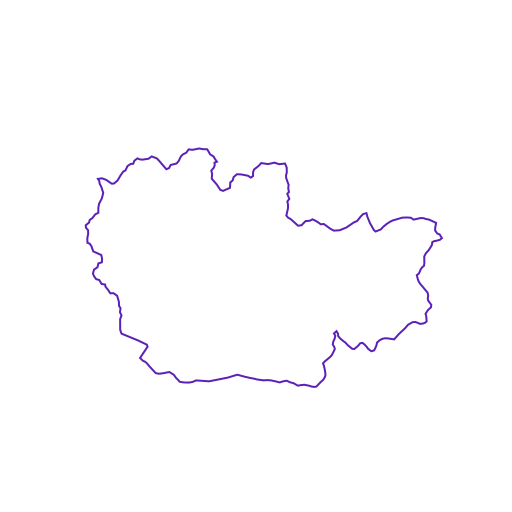 Acauã, Piauí, Brazil (Albers equal-area conic projection), rotated 227°
{"feature_id": "56859067B70456575325692", "entity_name": "Acauã", "entity_type": "district", "adm_level": 2, "iso_a3": "BRA", "parent_name": "Brazil", "parent_adm1": "Piauí", "projection": "albers", "projection_center": [-41.014, -8.33], "detail": "fine", "context": "isolated", "style": "outline", "palette": "violet", "viewbox_px": 512, "rotation_deg": 227, "n_neighbors": 0, "source": "geoboundaries", "source_scale": "gbopen_adm2", "svg_char_len": 3936}
<svg xmlns="http://www.w3.org/2000/svg" viewBox="0 0 512 512"><g transform="rotate(227 256 256)"><path d="M290.9,104.7L274.8,112.1L265.6,115.7L263.6,114.8L260.5,101.7L256.8,101.8L253.9,102.9L251.1,103.0L247.8,102.8L244.2,102.8L238.7,102.8L236.1,104.7L234.1,107.4L232.7,109.5L231.6,111.4L230.1,113.6L225.1,114.9L221.6,114.4L218.7,114.5L216.1,114.4L213.2,116.6L211.5,118.2L209.1,120.7L207.1,123.8L205.9,127.3L198.3,134.4L196.5,136.0L186.2,152.6L183.8,157.6L181.9,161.4L175.6,165.3L170.7,168.6L167.1,171.3L165.2,172.4L159.7,176.9L157.7,179.5L154.6,182.3L149.8,185.6L147.4,187.1L145.5,191.0L143.7,193.5L140.7,194.6L137.4,196.7L132.6,198.2L131.0,200.7L128.9,203.5L125.2,206.2L122.5,207.7L120.9,209.0L119.4,210.8L119.4,212.9L119.6,215.6L119.7,218.1L119.6,220.6L120.1,222.6L121.1,225.1L122.6,226.5L125.3,228.4L129.2,230.7L131.8,231.8L132.0,234.8L131.8,237.4L131.6,241.8L131.9,244.2L132.9,246.9L134.2,250.2L136.0,251.2L139.0,251.8L140.7,254.2L141.9,257.1L143.5,259.6L146.2,260.2L146.1,263.6L143.3,263.0L141.3,261.5L138.8,261.3L135.1,261.7L131.8,262.3L128.0,262.3L124.6,262.8L122.4,263.1L120.9,264.6L120.7,269.1L121.1,272.8L119.7,274.7L116.9,275.0L114.4,275.0L111.5,274.7L107.7,275.4L106.4,278.0L107.1,280.0L108.4,283.0L110.1,285.4L110.1,288.8L109.3,291.8L107.9,294.2L105.6,296.4L100.8,300.2L101.1,303.2L101.5,307.7L101.5,311.7L101.5,315.6L102.0,320.3L100.8,325.4L99.1,327.5L96.7,328.8L94.7,329.5L92.8,331.9L91.9,334.1L91.8,336.2L95.5,339.2L98.1,340.6L99.2,344.9L99.1,348.9L100.7,350.9L104.2,351.3L106.3,351.6L108.0,352.9L109.5,354.8L112.1,356.5L115.7,356.7L119.1,356.9L123.6,357.1L125.9,357.5L128.0,358.2L132.3,360.5L132.1,363.2L133.1,365.6L134.0,367.5L134.4,369.6L134.3,372.2L135.9,374.2L140.9,378.7L142.2,382.3L142.4,385.6L142.8,387.6L143.4,389.9L144.2,392.4L145.9,394.3L145.4,396.4L144.0,398.5L142.4,401.6L142.3,404.2L146.5,405.0L148.9,403.9L152.5,404.4L154.5,406.4L157.4,410.3L164.8,407.3L167.1,405.5L169.3,404.4L171.4,402.4L175.2,396.0L178.3,395.4L181.2,392.7L184.3,389.1L187.6,382.5L188.6,380.7L189.6,377.5L190.3,373.5L190.6,368.8L190.3,365.5L192.3,360.2L194.5,359.9L202.4,361.8L208.7,364.2L212.0,366.0L213.6,363.0L213.5,359.9L212.6,353.8L213.8,350.6L215.2,341.5L217.8,334.7L221.5,330.2L225.1,329.0L233.2,327.4L235.0,325.0L237.7,324.5L241.7,323.4L244.3,322.3L245.2,319.2L247.7,316.1L247.6,312.6L247.4,310.3L249.5,307.4L259.1,306.6L262.3,305.6L264.9,305.8L269.2,312.1L271.8,314.5L274.5,316.1L275.0,319.3L277.6,320.3L280.2,321.3L280.3,323.7L283.6,325.8L285.8,328.4L292.6,331.3L294.7,333.2L296.0,335.4L299.8,338.8L303.8,340.3L307.4,335.5L311.6,333.2L315.0,327.5L320.4,323.2L320.1,319.3L320.6,313.6L319.4,311.2L316.5,308.3L316.8,305.7L320.1,304.9L322.2,303.4L326.0,300.6L328.8,297.8L329.0,293.5L327.2,290.5L327.3,287.3L323.6,283.5L326.1,276.3L328.8,275.0L335.2,276.1L342.6,276.3L346.1,280.0L348.9,281.5L349.4,285.6L350.7,287.9L352.6,289.3L351.6,291.7L355.0,292.2L357.7,292.8L361.7,291.8L367.3,293.1L370.7,289.7L373.3,287.9L375.7,284.0L377.1,281.8L379.9,279.5L379.1,275.4L380.1,272.1L380.1,269.1L378.2,264.2L377.8,261.0L380.8,255.7L379.6,252.4L380.6,249.6L392.3,250.1L395.2,250.0L400.0,247.6L400.4,243.8L403.8,238.8L405.8,237.0L408.3,235.8L408.6,232.0L407.2,229.1L408.8,227.1L409.4,223.4L407.6,218.8L408.3,216.5L407.3,211.8L405.6,206.2L405.9,201.5L407.3,199.8L413.7,198.4L416.2,197.2L418.0,196.2L420.2,193.0L417.7,192.5L415.5,191.0L411.8,189.9L406.3,187.3L403.3,182.6L401.2,176.8L398.8,173.6L395.1,170.1L396.1,166.9L395.3,162.1L395.8,159.1L394.3,156.6L394.6,152.5L392.7,150.9L389.4,150.8L386.7,148.4L383.9,144.6L380.5,141.7L378.5,142.8L375.3,142.3L370.4,140.1L364.2,142.7L362.2,143.5L358.9,141.5L356.5,139.0L358.1,135.7L355.9,132.4L356.5,128.3L354.4,124.8L351.8,123.8L348.1,123.3L345.3,125.0L340.9,124.0L338.0,126.2L336.3,125.0L332.2,124.7L328.1,124.0L326.0,126.4L323.7,126.9L321.6,127.3L316.0,124.5L312.9,121.8L310.2,121.3L307.7,118.2L304.3,117.1L302.4,113.5L294.6,106.3L290.9,104.7Z" fill="none" stroke="#5b21b6" stroke-width="2"/></g></svg>